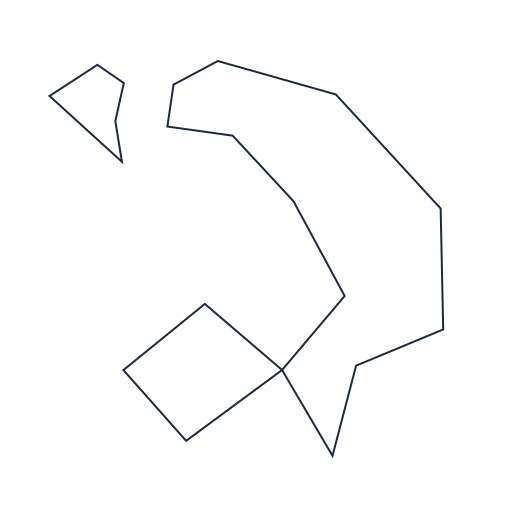 outline of Hamilton, rotated 84°
{"feature_id": "BMU-5137", "entity_name": "Hamilton", "entity_type": "state/province", "adm_level": 1, "iso_a3": "BMU", "parent_name": "Bermuda", "parent_adm1": "", "projection": "natural_earth1", "projection_center": [-64.722, 32.335], "detail": "fine", "context": "isolated", "style": "outline", "palette": "slate", "viewbox_px": 512, "rotation_deg": 84, "n_neighbors": 0, "source": "natural_earth", "source_scale": "10m", "svg_char_len": 447}
<svg xmlns="http://www.w3.org/2000/svg" viewBox="0 0 512 512"><g transform="rotate(84 256 256)"><path d="M372.1,242.0L305.0,172.0L205.4,213.0L133.9,266.6L118.0,330.6L76.9,320.1L58.1,273.6L103.7,159.7L228.1,67.4L348.6,77.5L375.5,167.9L462.7,200.8L372.1,242.0ZM298.3,311.9L372.1,242.0L432.5,344.8L355.6,399.8L298.3,311.9ZM49.3,393.8L70.2,369.4L107.1,381.8L148.3,379.5L75.3,444.6L49.3,393.8Z" fill="none" stroke="#1e293b" stroke-width="2"/></g></svg>